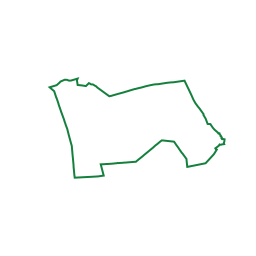 La Pe, Oaxaca, Mexico, rotated 126°
{"feature_id": "50627088B903406016502", "entity_name": "La Pe", "entity_type": "district", "adm_level": 2, "iso_a3": "MEX", "parent_name": "Mexico", "parent_adm1": "Oaxaca", "projection": "orthographic", "projection_center": [-96.796, 16.623], "detail": "fine", "context": "isolated", "style": "outline", "palette": "green", "viewbox_px": 256, "rotation_deg": 126, "n_neighbors": 0, "source": "geoboundaries", "source_scale": "gbopen_adm2", "svg_char_len": 2344}
<svg xmlns="http://www.w3.org/2000/svg" viewBox="0 0 256 256"><g transform="rotate(126 128 128)"><path d="M141.6,209.4L144.1,205.9L145.5,204.0L145.5,203.8L146.8,201.9L149.0,198.8L149.9,197.7L150.0,197.6L152.6,193.8L153.7,192.3L157.8,186.2L158.7,184.8L159.5,183.8L160.2,182.9L160.9,181.8L162.1,180.2L164.6,176.4L164.8,176.2L168.4,171.9L173.3,165.8L175.5,163.0L183.3,156.2L186.3,153.5L186.9,153.0L190.2,150.1L191.4,149.2L194.2,146.7L197.3,144.0L199.5,141.9L191.8,132.4L189.8,129.9L187.1,126.6L184.7,123.7L184.3,123.3L180.8,119.7L173.4,128.7L171.3,126.0L170.4,125.0L170.3,124.9L168.9,123.1L166.4,120.1L164.8,118.3L164.4,117.9L163.3,116.6L162.2,115.6L162.1,115.2L161.2,114.2L158.9,111.4L158.2,110.7L157.6,109.9L151.5,102.8L151.3,102.6L150.7,101.8L149.0,101.4L144.2,100.1L142.0,99.5L140.2,99.1L136.1,98.0L131.0,96.7L128.7,96.1L126.1,95.6L123.5,94.8L120.6,94.1L119.9,93.9L118.2,93.4L117.3,92.0L112.1,82.9L112.0,82.7L112.6,80.9L113.2,79.4L114.3,75.9L115.0,74.1L115.9,71.5L116.4,70.1L116.7,68.6L118.7,62.5L122.2,59.4L124.6,57.2L119.8,52.7L110.9,44.5L98.7,43.1L93.3,43.5L93.5,44.5L93.1,45.4L92.2,45.1L89.6,44.3L88.6,44.1L88.3,44.2L88.1,44.2L87.8,44.2L87.9,43.9L87.1,43.3L86.7,42.8L86.3,42.6L84.5,40.7L83.8,41.7L82.8,41.9L80.4,43.2L80.7,44.0L80.8,44.2L81.5,45.2L81.7,45.3L81.7,45.5L81.1,46.1L80.8,46.3L81.0,46.6L80.4,46.9L80.3,47.3L79.8,48.2L80.0,48.4L79.6,48.7L79.3,49.8L78.7,50.6L79.1,50.9L78.8,51.5L79.2,51.9L78.9,52.6L78.8,53.6L78.5,57.1L78.0,59.2L77.7,60.2L77.4,61.0L77.0,62.2L76.4,63.6L77.9,66.0L74.9,70.5L73.1,74.6L72.4,75.0L70.0,82.2L70.0,82.4L69.4,84.7L69.3,84.9L68.4,87.8L68.1,88.5L66.7,91.6L63.8,96.6L56.5,110.1L64.4,118.2L65.2,119.3L65.3,119.4L67.6,122.0L68.8,123.3L70.5,125.0L74.8,129.3L76.3,131.2L77.6,132.6L78.5,133.5L79.1,134.0L79.6,134.5L82.0,136.6L84.2,138.5L87.3,140.9L88.2,141.7L89.8,143.1L92.1,145.0L92.7,145.6L94.9,147.3L95.6,147.8L95.8,148.0L97.0,148.9L97.3,149.1L101.4,152.2L107.9,157.4L110.2,159.2L111.8,160.4L113.3,161.8L113.3,167.6L113.3,172.4L113.3,175.3L113.3,176.5L113.0,178.6L113.2,179.4L113.4,182.0L114.2,183.2L114.5,183.8L114.5,185.1L114.7,186.0L118.8,186.7L120.8,190.6L122.8,194.0L119.5,197.3L117.6,197.8L121.2,200.5L123.1,202.0L123.6,202.6L124.3,203.6L124.5,204.0L124.9,205.7L126.2,207.6L130.1,209.9L131.8,210.1L135.3,210.9L141.1,215.3L141.4,212.4L141.6,209.4Z" fill="none" stroke="#15803d" stroke-width="2"/></g></svg>